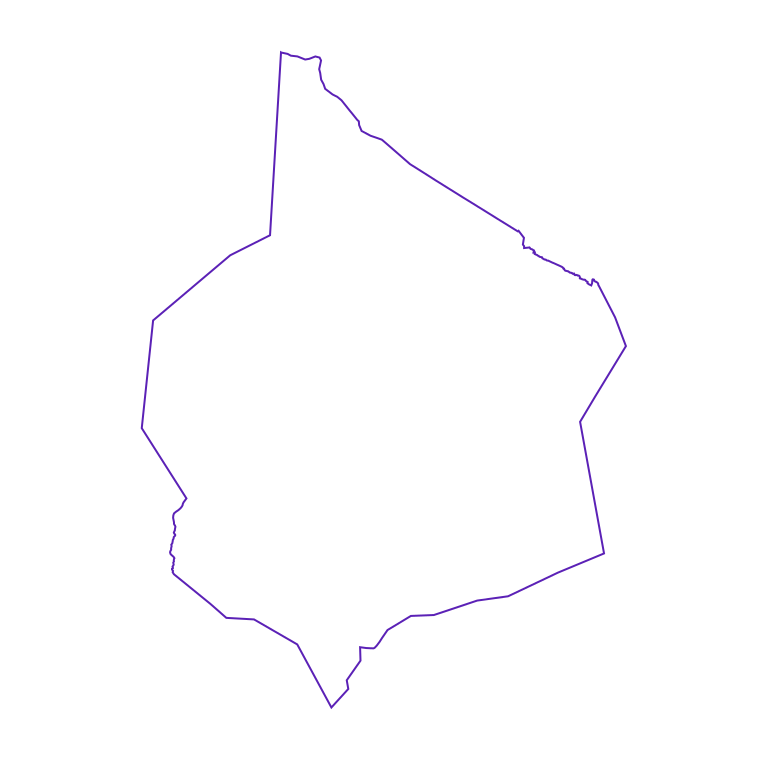 the district of Bugat, Govi-Altay, Mongolia, rotated 183°
{"feature_id": "93677404B31159803957076", "entity_name": "Bugat", "entity_type": "district", "adm_level": 2, "iso_a3": "MNG", "parent_name": "Mongolia", "parent_adm1": "Govi-Altay", "projection": "mercator", "projection_center": [93.829, 45.194], "detail": "fine", "context": "isolated", "style": "outline", "palette": "violet", "viewbox_px": 768, "rotation_deg": 183, "n_neighbors": 0, "source": "geoboundaries", "source_scale": "gbopen_adm2", "svg_char_len": 4759}
<svg xmlns="http://www.w3.org/2000/svg" viewBox="0 0 768 768"><g transform="rotate(183 384 384)"><path d="M623.6,327.2L575.3,259.4L577.2,256.5L578.0,255.3L578.6,253.8L578.8,252.4L579.4,251.1L580.7,249.3L582.7,247.3L585.1,245.5L586.9,243.8L587.5,241.8L587.6,239.3L586.5,235.0L586.4,233.4L586.1,232.7L585.3,231.7L584.8,230.5L585.0,229.4L585.2,227.9L585.2,226.9L585.6,226.0L586.1,224.6L585.6,223.6L584.7,222.7L584.6,221.7L585.9,220.2L586.1,218.4L586.7,217.3L586.8,215.9L587.1,213.8L588.0,212.4L587.6,211.0L588.0,208.8L587.9,207.3L588.7,205.7L588.8,204.5L588.3,203.1L587.5,202.3L585.1,200.4L584.2,199.1L584.6,198.3L584.6,197.5L584.7,196.7L584.5,195.8L585.1,194.6L584.9,193.8L584.6,192.6L584.9,191.8L585.6,190.7L585.3,189.9L585.2,189.0L586.0,188.5L586.0,187.7L584.9,186.3L585.2,185.0L583.8,183.0L546.1,155.5L529.2,142.2L501.5,142.1L457.0,119.4L419.6,58.2L403.7,77.6L405.7,86.2L393.0,106.5L394.1,119.9L388.0,119.4L383.1,119.4L380.5,119.5L379.5,120.1L377.6,122.3L374.9,126.3L372.7,130.2L367.6,138.5L345.0,153.8L322.1,155.9L279.6,172.6L249.0,178.5L200.5,204.7L155.4,226.3L186.2,356.5L172.7,382.1L144.4,434.5L156.7,462.6L174.9,493.8L175.0,493.8L175.1,494.1L175.3,494.6L175.4,495.0L175.4,495.4L175.5,495.5L175.7,495.9L175.9,496.1L176.3,496.4L176.5,496.5L176.9,496.8L177.1,497.0L177.3,497.1L177.5,497.2L177.8,497.2L178.1,497.2L178.3,497.3L178.5,497.4L178.8,497.7L179.0,497.9L179.2,498.0L179.5,498.1L179.7,498.3L179.7,498.6L179.7,498.9L179.7,499.1L179.8,499.2L180.1,499.2L180.3,499.3L180.8,499.5L181.1,499.4L181.3,499.0L181.4,498.8L181.4,498.5L181.4,497.9L181.5,495.4L182.2,493.3L182.6,493.5L183.0,493.6L183.3,493.8L183.6,493.9L184.0,494.0L184.4,494.2L185.0,494.6L185.5,494.9L185.8,495.1L186.0,495.3L186.2,495.5L186.1,495.8L186.0,496.0L185.9,496.3L185.9,496.5L186.4,496.8L186.8,497.0L187.2,497.2L187.5,497.4L187.8,497.6L188.0,497.8L188.2,498.0L188.4,498.4L188.5,498.5L188.9,498.6L189.1,498.7L189.3,498.7L189.7,498.6L189.9,498.6L190.5,498.7L191.3,498.9L191.8,499.0L192.1,499.2L192.2,499.3L192.3,499.4L192.7,499.4L193.4,499.6L193.7,499.6L193.9,499.7L194.0,499.8L194.0,500.0L193.9,500.4L193.9,500.6L193.9,500.8L194.1,501.1L194.3,501.6L194.5,502.0L194.8,502.2L195.0,502.3L195.3,502.5L195.5,502.5L195.8,502.5L196.0,502.4L196.5,502.5L196.9,502.8L197.1,503.0L197.3,503.0L197.5,503.0L198.0,502.9L198.4,502.8L198.6,502.7L198.9,502.7L199.2,502.8L199.3,502.9L199.5,503.1L199.7,503.3L199.7,503.5L199.8,503.8L199.8,504.1L200.0,504.3L200.3,504.2L200.5,504.1L200.9,503.9L201.2,503.9L201.5,504.1L201.9,504.4L202.0,504.6L202.3,504.6L202.5,504.6L203.1,504.9L203.2,505.0L203.4,505.0L203.9,504.9L204.2,505.0L204.5,505.1L204.8,505.4L204.9,505.5L205.0,505.5L205.3,505.7L205.5,505.9L206.0,506.2L206.5,506.3L206.8,506.2L207.0,506.3L207.3,506.4L207.5,506.5L207.8,506.5L208.3,506.6L208.6,506.6L208.8,506.6L209.1,506.8L209.5,507.2L209.7,507.5L209.9,507.9L210.1,508.3L210.2,508.6L210.3,508.6L210.5,508.6L210.8,508.5L211.0,508.7L211.0,508.8L211.1,509.2L211.2,509.3L211.4,509.6L211.9,509.9L212.5,510.3L212.9,510.4L213.2,510.6L221.7,513.9L221.9,513.9L226.0,515.6L226.4,515.8L226.7,515.8L227.2,515.8L227.6,515.9L227.9,515.9L228.3,516.1L228.8,516.6L229.0,516.7L229.6,516.7L229.9,516.7L230.1,516.7L230.4,516.8L230.7,516.9L231.1,517.2L231.3,517.4L231.7,517.5L232.1,517.6L232.3,517.7L232.5,517.9L232.6,518.0L232.7,518.3L232.7,518.5L232.8,518.8L233.1,518.9L233.5,518.9L234.0,519.0L234.8,519.1L235.1,519.2L235.3,519.2L235.5,519.3L236.1,519.8L236.3,520.0L236.6,520.1L236.8,520.1L237.0,520.2L237.4,520.4L237.6,520.6L237.8,520.8L238.4,521.0L239.1,521.2L239.6,521.5L240.1,521.6L240.3,521.7L240.3,521.8L240.4,522.1L240.5,522.2L240.4,522.3L240.3,522.6L240.2,522.8L240.2,523.0L240.2,523.3L240.3,523.3L240.5,523.5L240.8,523.6L241.0,523.7L241.3,523.7L241.5,523.6L241.4,524.1L241.1,525.0L241.3,525.3L241.6,525.4L242.0,525.5L242.4,525.8L242.6,525.9L242.8,526.1L243.0,526.2L243.3,526.2L243.5,526.3L244.0,526.4L244.2,526.5L244.4,526.6L244.6,526.6L244.8,526.8L245.1,527.0L245.3,527.4L245.5,527.6L245.7,527.8L245.9,528.0L246.2,527.9L251.2,527.1L251.3,529.0L252.6,530.5L252.3,533.4L251.9,537.3L257.5,543.9L257.7,543.6L257.9,543.5L258.1,543.5L258.3,543.4L262.0,545.4L279.5,555.0L289.8,560.7L298.7,565.6L299.5,566.0L300.5,566.6L315.0,574.5L330.7,583.2L342.8,589.9L356.4,597.6L369.5,604.9L383.0,615.5L397.5,626.8L399.0,627.9L403.7,629.3L410.4,631.2L419.6,635.5L422.4,641.3L422.5,642.1L422.9,645.0L424.6,646.4L430.3,652.8L432.7,655.4L441.3,665.1L445.8,668.4L448.4,669.5L450.6,670.5L458.2,675.7L459.7,679.4L460.2,680.6L460.8,681.5L462.7,684.6L464.0,691.3L465.2,695.0L464.8,697.5L463.8,703.8L465.4,706.6L469.7,707.5L474.1,705.5L475.7,704.8L479.7,703.9L487.6,706.6L494.2,707.0L497.5,708.6L503.8,709.6L504.2,709.8L505.6,526.6L544.3,504.5L617.9,435.4L623.6,327.2L623.6,327.2Z" fill="none" stroke="#5b21b6" stroke-width="2"/></g></svg>